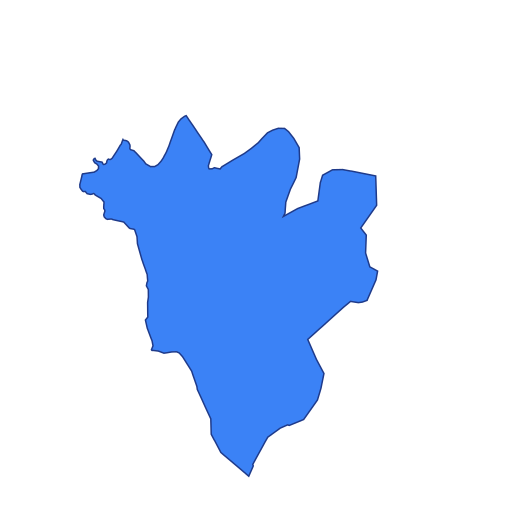 Ash Shamayatayn, Ta`izz, Yemen, rotated 234°
{"feature_id": "15242507B595080071721", "entity_name": "Ash Shamayatayn", "entity_type": "district", "adm_level": 2, "iso_a3": "YEM", "parent_name": "Yemen", "parent_adm1": "Ta`izz", "projection": "equal_earth", "projection_center": [44.059, 13.173], "detail": "fine", "context": "isolated", "style": "filled", "palette": "blue", "viewbox_px": 512, "rotation_deg": 234, "n_neighbors": 0, "source": "geoboundaries", "source_scale": "gbopen_adm2", "svg_char_len": 4408}
<svg xmlns="http://www.w3.org/2000/svg" viewBox="0 0 512 512"><g transform="rotate(234 256 256)"><path d="M258.6,124.8L253.9,123.5L253.2,123.3L251.4,122.8L248.6,122.1L243.9,119.9L243.2,118.8L241.6,116.3L240.8,116.3L239.7,117.7L236.5,121.1L231.5,124.4L230.0,127.2L228.1,131.1L227.0,132.8L225.1,135.5L223.2,136.6L222.7,136.9L217.7,137.4L210.0,136.9L203.7,136.5L202.6,136.4L200.7,136.3L199.8,136.0L197.4,135.2L193.7,134.1L185.2,131.5L182.6,130.1L180.1,129.6L171.6,127.9L170.2,127.6L164.0,126.3L150.8,123.7L138.1,115.0L132.0,114.1L130.6,114.0L117.7,112.1L114.2,112.9L100.8,116.2L98.8,116.7L97.2,117.1L82.1,120.7L87.0,129.1L87.8,130.4L89.3,130.9L93.4,139.5L98.1,149.5L100.2,153.9L102.4,158.8L102.5,158.9L102.5,174.5L100.8,182.3L99.4,183.3L95.7,198.5L95.8,198.7L102.4,218.2L103.4,221.1L108.8,228.2L110.9,230.9L121.0,241.9L136.8,244.1L158.1,248.8L159.5,262.1L159.8,264.9L160.1,268.3L161.7,283.0L163.0,295.5L163.2,297.7L163.7,305.8L158.1,311.4L156.2,315.0L154.8,319.8L155.0,320.0L166.2,339.1L172.3,345.5L180.3,341.7L194.0,346.4L208.1,357.5L217.1,357.2L226.1,383.4L250.4,399.9L267.3,384.3L268.7,383.0L269.3,382.3L273.5,378.3L275.0,376.9L280.8,368.5L281.2,365.1L282.2,357.4L278.6,352.6L277.6,351.2L264.2,338.4L266.9,328.4L267.5,326.3L267.8,325.3L269.9,317.6L271.0,308.7L271.9,301.4L273.5,304.5L273.9,304.9L274.6,305.5L276.8,307.3L278.9,309.1L280.2,310.2L282.1,311.8L284.9,315.9L286.3,317.9L287.1,319.1L289.7,322.9L289.8,323.0L292.9,329.0L295.9,334.6L296.1,334.8L308.8,348.3L318.3,354.6L328.9,355.7L329.1,355.7L337.5,355.4L342.4,354.1L346.2,349.1L346.7,347.6L347.9,343.8L348.0,343.6L348.9,337.7L347.7,331.0L347.4,329.4L346.3,324.4L346.1,320.5L345.8,315.4L345.8,314.7L345.8,306.8L346.9,296.5L347.2,293.7L347.3,292.7L347.4,291.2L348.2,281.4L348.3,281.2L347.8,279.1L347.5,278.1L349.1,276.7L349.8,276.0L351.0,275.0L351.8,274.3L351.9,274.2L352.2,272.3L352.3,271.8L354.0,269.3L355.0,269.4L357.0,270.5L360.2,274.7L362.7,278.1L362.8,278.2L364.0,279.8L365.5,279.9L369.5,280.2L373.1,280.5L378.7,281.0L379.7,281.0L381.3,281.0L381.5,281.0L382.7,281.1L390.4,281.3L394.4,281.5L395.4,281.5L397.2,281.6L406.2,281.8L407.7,281.9L410.3,282.0L410.6,282.0L411.0,280.3L411.0,280.2L411.0,279.6L411.0,278.5L411.0,276.8L411.0,276.6L411.0,276.4L411.0,275.9L410.0,271.9L407.0,266.3L406.2,265.2L406.2,264.8L404.5,262.3L401.2,257.5L398.3,253.2L397.7,252.4L396.1,250.1L394.2,246.9L393.2,245.3L393.0,245.0L391.6,242.2L391.1,241.0L390.5,239.9L389.8,238.5L388.5,235.0L387.5,230.4L387.6,229.6L387.8,227.7L387.9,226.6L389.8,224.0L390.3,223.3L390.3,223.2L390.6,223.1L391.3,222.8L395.3,221.0L399.0,221.0L400.2,220.8L403.2,220.4L407.4,219.9L409.9,219.6L410.5,219.5L411.5,219.3L413.0,219.1L413.5,218.7L414.3,218.1L414.7,217.8L415.6,217.1L415.8,217.1L416.4,217.0L416.5,217.0L416.9,217.0L417.4,217.3L417.9,217.8L418.7,218.5L418.8,218.6L419.5,219.0L420.1,219.3L422.0,219.6L422.7,219.7L423.4,219.7L425.2,219.1L426.3,218.2L427.0,217.4L427.7,216.7L428.4,216.8L428.0,216.1L427.0,214.6L425.6,212.6L425.4,211.3L424.8,210.0L423.3,206.6L422.5,204.7L420.9,200.4L420.4,199.1L419.6,197.0L419.6,195.1L420.3,194.1L421.2,193.5L421.1,192.7L420.9,191.9L420.3,191.0L419.1,189.8L419.0,187.7L419.7,186.4L421.0,186.3L421.3,186.4L421.7,186.6L422.5,186.6L423.3,185.8L426.2,183.1L427.8,182.8L428.6,183.0L429.2,183.1L429.6,183.2L429.9,182.5L429.5,181.1L429.0,180.6L426.3,180.3L423.9,181.3L421.3,181.5L420.2,180.6L419.3,180.0L418.7,177.6L418.9,175.4L418.9,174.5L419.0,174.3L421.0,170.5L424.4,163.9L423.8,162.9L422.8,161.9L417.3,155.4L416.2,154.7L415.1,153.9L414.0,153.8L413.3,153.7L410.4,153.8L409.5,154.3L408.6,155.8L405.7,156.0L403.2,158.2L402.4,159.8L402.1,161.2L401.8,161.5L400.9,161.8L400.1,161.7L398.9,162.2L398.6,162.3L393.6,164.5L392.2,164.6L389.5,164.7L389.3,164.8L389.2,164.8L388.1,164.1L386.8,162.9L386.6,162.8L385.3,161.7L383.8,160.7L382.4,160.7L381.2,160.2L379.8,158.3L378.7,156.9L378.1,156.7L376.9,156.2L375.4,156.4L374.7,156.4L373.0,157.3L372.7,157.9L371.4,160.0L370.6,161.1L370.2,161.2L369.8,161.4L367.7,163.2L363.0,167.4L362.7,167.7L361.6,168.6L361.1,169.0L360.0,169.1L353.2,169.9L352.4,170.2L352.0,170.5L349.6,172.8L348.7,173.3L341.6,171.1L335.6,167.3L321.3,162.0L320.2,161.6L318.7,161.2L316.3,160.4L309.6,158.5L309.5,158.4L305.7,157.3L305.0,157.1L302.1,155.3L299.4,153.7L298.5,152.1L296.3,149.8L292.2,149.2L286.0,144.8L282.1,141.0L272.4,134.1L270.2,132.6L269.2,128.9L261.5,125.6L258.9,124.9L258.6,124.8Z" fill="#3b82f6" stroke="#1e3a8a" stroke-width="1.5"/></g></svg>